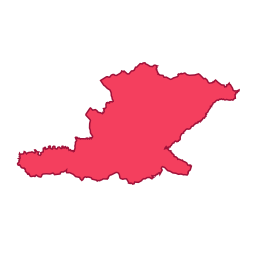 Banjarnegara, Jawa Tengah, Indonesia (orthographic projection), rotated 12°
{"feature_id": "22746128B31481808975183", "entity_name": "Banjarnegara", "entity_type": "district", "adm_level": 2, "iso_a3": "IDN", "parent_name": "Indonesia", "parent_adm1": "Jawa Tengah", "projection": "orthographic", "projection_center": [109.665, -7.356], "detail": "fine", "context": "isolated", "style": "filled", "palette": "rose", "viewbox_px": 256, "rotation_deg": 12, "n_neighbors": 0, "source": "geoboundaries", "source_scale": "gbopen_adm2", "svg_char_len": 5844}
<svg xmlns="http://www.w3.org/2000/svg" viewBox="0 0 256 256"><g transform="rotate(12 128 128)"><path d="M227.8,69.5L228.8,68.6L228.7,67.7L226.6,69.3L225.9,69.2L224.5,69.7L222.7,69.0L222.0,67.4L219.0,64.2L218.5,64.3L217.8,63.7L217.6,63.2L216.5,65.1L215.5,65.4L215.7,67.0L214.0,67.7L213.0,66.1L210.4,66.4L206.5,64.6L203.7,62.9L202.7,64.1L202.8,64.7L202.2,65.2L201.6,65.1L201.4,66.0L198.2,67.3L196.5,66.2L195.6,64.8L193.8,63.7L193.3,63.4L191.9,64.1L187.1,60.9L185.7,60.4L182.4,62.2L177.1,63.7L174.5,63.6L172.2,62.4L169.4,63.9L168.7,63.5L167.1,64.7L166.4,64.6L166.3,65.1L165.8,65.3L166.3,66.5L165.7,67.5L162.0,69.6L160.4,71.2L159.3,71.6L155.0,70.3L152.7,70.9L151.3,69.3L148.0,69.6L147.2,69.1L146.3,69.2L146.3,68.2L145.3,67.6L145.0,66.6L143.6,65.1L143.9,64.7L143.3,63.9L143.7,62.7L143.2,62.3L143.1,61.7L143.7,61.2L141.2,60.9L140.0,61.6L139.3,62.8L136.7,63.1L133.6,61.9L132.5,61.9L131.0,60.7L129.2,61.3L128.6,62.3L126.5,62.5L123.9,66.7L122.7,67.0L122.1,70.1L120.9,71.1L119.5,71.5L117.7,74.9L116.1,75.2L112.3,73.1L111.9,73.9L110.0,73.5L109.8,74.8L109.1,76.0L105.9,78.9L104.2,79.2L103.1,78.6L101.8,78.9L100.6,79.9L99.5,82.1L98.3,82.3L97.5,82.1L96.3,82.4L91.3,87.2L95.4,91.2L96.9,91.8L99.6,93.6L102.5,94.6L104.2,97.0L105.0,100.0L105.8,100.9L106.6,103.0L107.8,104.3L108.0,105.0L107.0,105.8L106.1,105.6L104.6,106.3L104.4,106.7L104.7,107.3L104.4,107.6L103.7,107.2L102.7,107.3L102.5,107.8L101.8,107.8L101.5,109.4L102.3,112.5L101.6,113.5L100.0,114.1L100.5,114.7L100.9,114.0L101.1,114.2L100.7,115.8L101.3,116.6L101.0,117.8L100.2,117.9L100.4,118.7L100.0,119.3L97.7,118.8L95.5,118.9L95.2,118.4L94.6,118.3L94.2,117.6L92.3,116.8L89.7,117.9L87.2,116.2L86.7,116.6L84.0,123.3L84.3,124.3L89.3,127.8L89.7,128.5L89.6,131.7L90.4,136.1L91.6,138.0L92.3,140.6L95.1,143.4L95.1,144.8L94.3,145.0L94.2,146.0L92.9,145.3L92.6,146.7L90.7,146.3L90.5,147.1L89.3,146.6L88.8,147.4L84.0,148.3L83.6,148.7L82.5,148.1L81.3,148.7L80.9,148.2L80.4,148.6L79.9,147.7L78.8,147.9L78.5,148.3L80.4,151.1L79.5,152.8L79.9,154.6L79.8,156.6L80.4,158.5L80.2,161.7L79.6,161.5L79.3,162.4L78.4,161.7L77.1,162.2L76.3,161.2L75.0,162.1L73.5,159.6L72.9,159.5L72.8,160.2L72.2,160.7L70.8,159.2L70.2,159.6L70.9,160.1L69.7,160.9L68.7,160.6L68.2,159.4L67.4,159.5L67.2,160.2L67.7,161.5L67.3,161.9L66.4,162.0L64.8,160.9L63.9,161.2L63.4,161.6L63.2,162.9L62.4,163.4L60.9,163.1L60.3,161.3L59.2,161.2L58.1,162.4L58.1,162.8L58.8,163.6L58.2,164.5L56.0,163.9L55.8,162.1L55.4,161.8L54.2,162.6L54.8,163.5L53.7,164.9L52.1,165.9L51.3,164.3L50.9,164.1L50.3,164.6L51.1,165.3L51.0,165.6L49.4,165.7L50.0,168.9L47.8,170.4L48.4,171.6L47.9,173.0L46.6,173.0L45.3,172.4L45.8,170.0L44.0,170.2L42.0,168.7L41.3,168.9L42.4,170.9L42.4,171.5L42.0,171.9L39.0,171.3L38.3,171.9L36.1,172.5L34.6,173.5L34.1,174.4L32.3,172.8L31.4,172.6L31.3,174.4L30.9,175.1L28.1,176.1L27.2,175.3L27.2,176.6L27.8,176.5L28.0,177.1L28.1,178.0L27.7,178.7L28.3,178.8L28.8,179.7L28.6,180.3L27.6,180.7L28.3,181.0L28.6,182.0L28.1,182.9L28.5,183.3L28.3,184.3L27.4,185.6L27.5,186.2L28.2,187.1L29.1,187.1L29.5,186.6L30.1,186.9L31.1,188.2L32.6,189.1L34.2,189.0L34.6,188.7L35.4,189.6L35.8,189.4L36.4,190.4L36.6,191.7L38.3,192.7L39.6,194.1L40.3,194.0L40.5,193.3L42.6,195.6L43.8,195.5L45.5,194.7L47.0,194.8L47.4,194.3L47.3,193.7L48.1,193.1L50.4,194.1L52.5,194.2L53.3,193.7L53.6,191.6L54.6,190.6L57.7,189.7L61.3,189.2L63.9,187.7L64.7,187.9L65.8,188.9L70.8,187.2L71.3,186.8L71.1,186.1L71.9,184.8L74.2,184.3L74.8,183.5L75.9,183.0L76.6,181.8L76.9,183.9L77.4,184.5L80.3,183.8L84.2,184.7L86.8,186.4L91.0,186.4L91.9,187.7L93.7,188.9L94.6,187.8L95.1,185.9L96.0,184.9L96.7,184.6L97.6,184.9L99.0,184.2L102.3,184.3L103.5,185.5L108.1,185.6L108.9,186.3L109.5,185.6L111.4,185.4L111.7,184.8L112.9,184.3L114.4,182.9L118.4,182.2L118.3,181.6L119.1,181.1L119.1,179.4L120.5,177.6L121.4,177.3L125.6,173.9L127.2,173.8L127.9,174.1L129.2,175.4L130.4,178.2L131.1,178.9L133.5,179.2L135.5,178.3L137.2,178.1L139.8,180.9L139.9,181.7L141.7,181.8L142.1,181.3L143.3,181.4L144.2,181.9L145.5,181.3L145.8,179.5L149.5,179.0L152.3,176.6L152.6,175.6L153.9,174.3L155.3,174.2L156.9,172.6L159.2,171.9L161.9,172.7L162.0,172.1L162.9,171.4L162.4,171.4L161.5,169.7L162.3,169.7L162.5,170.1L163.4,169.2L164.7,169.2L165.0,168.2L165.8,167.3L166.0,167.5L166.7,167.1L167.0,166.0L167.7,165.4L168.2,165.2L168.8,166.7L170.2,162.0L169.0,160.7L169.2,159.3L169.8,158.6L172.1,159.0L175.6,161.4L178.4,161.6L181.2,162.6L184.3,162.3L186.9,162.8L189.5,162.0L192.3,162.2L193.1,161.8L195.6,161.7L196.3,160.1L195.9,159.3L196.2,159.0L196.0,158.1L196.3,157.4L197.0,157.0L197.6,156.0L197.9,152.2L196.5,152.0L196.9,151.4L196.6,151.3L194.3,151.9L192.6,149.9L190.3,149.2L188.9,149.1L187.9,148.1L187.2,148.5L184.5,147.9L183.2,148.3L182.9,147.4L181.0,146.3L179.0,146.3L178.6,144.9L177.6,144.2L176.3,143.8L175.8,142.8L174.6,142.4L174.7,141.5L172.8,141.5L170.9,140.0L169.6,140.0L168.3,140.7L168.4,139.9L169.2,138.2L170.0,138.9L171.0,138.7L172.0,139.0L172.1,137.8L173.2,137.7L173.3,136.6L174.0,136.0L174.7,133.7L176.0,133.1L176.2,132.0L176.9,131.1L177.3,130.9L178.6,131.3L180.0,130.4L180.1,129.6L181.0,129.1L181.4,128.1L180.9,125.7L181.6,122.6L183.5,121.3L183.2,120.7L183.5,119.7L184.1,119.2L184.9,117.5L186.1,116.5L186.9,116.7L188.6,116.1L189.2,115.3L189.8,113.2L191.5,112.4L191.9,111.0L193.2,109.7L193.1,109.4L194.6,108.9L194.8,108.2L195.4,108.2L195.4,107.2L196.0,107.1L196.4,106.6L197.2,106.8L197.1,106.4L197.7,105.6L198.1,105.7L198.2,104.9L199.0,104.4L199.2,103.0L200.2,102.3L200.7,102.4L201.2,100.8L201.8,100.4L201.3,98.9L201.9,98.3L201.2,97.6L202.6,96.1L203.2,93.7L204.4,91.0L204.2,89.7L205.2,89.6L205.0,89.0L205.9,87.3L206.0,86.0L207.7,84.5L208.5,83.0L209.5,82.1L210.7,82.1L211.4,80.9L212.2,80.9L213.4,80.1L214.3,80.5L215.5,79.9L216.4,80.4L217.6,80.2L218.5,79.6L220.8,79.7L222.2,79.5L223.3,78.8L224.8,78.9L226.0,76.9L226.8,76.6L225.8,73.1L226.4,72.2L226.2,71.1L227.4,70.7L227.8,69.5Z" fill="#f43f5e" stroke="#9f1239" stroke-width="1.5"/></g></svg>